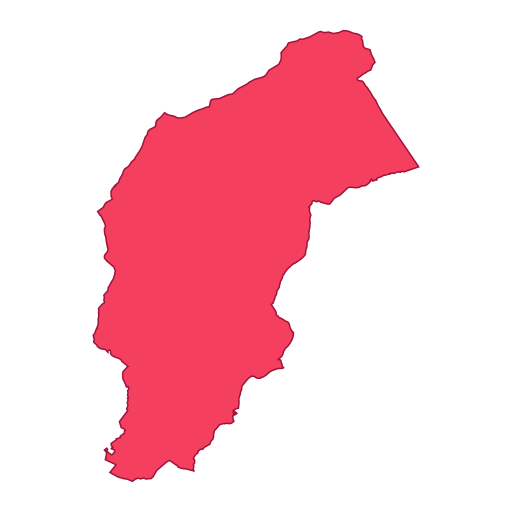 outline of Bradut, Covasna, Romania
{"feature_id": "2599482B74581645099362", "entity_name": "Bradut", "entity_type": "district", "adm_level": 2, "iso_a3": "ROU", "parent_name": "Romania", "parent_adm1": "Covasna", "projection": "orthographic", "projection_center": [25.635, 46.18], "detail": "fine", "context": "isolated", "style": "filled", "palette": "rose", "viewbox_px": 512, "rotation_deg": 0, "n_neighbors": 0, "source": "geoboundaries", "source_scale": "gbopen_adm2", "svg_char_len": 6040}
<svg xmlns="http://www.w3.org/2000/svg" viewBox="0 0 512 512"><path d="M104.4,450.0L106.5,452.5L106.4,454.9L105.3,459.7L114.6,464.0L115.9,464.9L109.9,472.5L118.1,477.0L124.8,478.9L126.7,478.9L132.4,481.3L134.6,479.8L135.2,479.0L136.2,479.0L137.2,478.1L140.6,478.9L143.6,478.1L145.9,479.0L151.3,478.5L153.1,476.7L156.4,471.0L157.2,470.0L166.6,462.0L169.6,460.4L176.0,464.9L177.1,465.3L177.7,466.7L178.7,467.3L180.5,468.1L183.7,468.8L186.2,468.9L193.9,471.0L193.9,470.5L193.2,469.2L193.8,466.5L193.7,465.3L193.3,464.7L194.5,463.1L194.7,461.4L194.5,459.5L193.3,458.8L193.7,457.5L194.5,456.6L194.7,455.9L196.3,453.9L197.5,453.4L197.6,452.8L198.3,451.7L198.3,450.8L199.5,450.3L200.3,449.2L202.6,449.3L203.5,448.5L204.7,446.8L206.1,446.5L207.1,445.6L209.8,444.3L210.9,441.2L212.5,439.5L213.1,438.5L213.6,436.1L213.5,434.3L213.8,433.8L214.3,431.2L215.2,429.7L216.3,428.8L219.1,425.3L220.4,424.4L223.5,423.6L224.4,423.8L226.9,423.2L228.4,423.7L230.2,423.5L232.0,422.9L233.8,421.4L233.9,421.0L233.1,420.0L232.8,415.9L233.2,415.4L234.7,415.0L234.8,414.8L233.8,414.2L233.4,413.4L236.3,414.0L236.9,413.3L236.3,412.7L235.3,412.3L234.9,411.6L233.3,411.6L233.0,411.3L233.8,410.5L233.7,409.9L234.4,409.9L236.9,408.4L238.4,408.3L239.0,403.0L238.9,398.3L240.3,393.9L240.6,391.8L241.5,390.0L241.9,386.2L246.7,380.2L248.6,378.2L251.5,376.2L253.8,376.3L256.7,378.0L257.9,378.3L260.8,378.1L261.4,377.3L262.7,377.1L265.6,375.5L270.0,371.7L272.5,370.4L277.7,368.6L282.5,368.3L283.4,367.8L283.0,367.6L282.8,366.5L282.0,365.3L281.8,363.6L280.9,361.5L281.0,360.9L280.8,360.2L279.4,359.6L278.1,359.6L278.2,359.2L280.3,357.7L281.7,356.3L282.7,354.7L283.5,351.8L285.3,348.5L288.1,345.9L289.9,343.4L291.6,340.5L293.0,337.0L293.5,332.8L293.4,332.3L292.6,331.9L291.6,330.5L289.9,327.4L289.6,325.4L288.7,322.8L286.4,321.3L285.0,320.9L283.1,319.4L278.9,317.3L277.7,315.8L276.4,315.2L276.1,312.4L275.3,310.5L271.3,304.6L273.3,302.9L273.7,301.0L274.5,299.5L275.2,296.3L276.5,294.6L276.9,291.1L279.1,287.6L280.3,281.9L282.1,278.4L283.1,275.1L284.3,273.7L284.8,272.5L287.6,268.9L291.1,265.7L293.8,263.5L295.1,263.1L301.2,258.9L303.9,256.4L305.1,254.7L305.4,254.0L306.0,249.5L306.9,247.2L307.0,242.5L308.9,238.8L309.1,235.5L308.8,234.0L309.4,229.0L309.9,227.4L309.9,224.7L310.2,223.1L309.8,219.6L310.0,218.8L310.0,217.4L310.7,215.9L310.7,214.3L309.5,211.7L309.4,209.3L309.6,207.6L308.8,207.2L311.9,203.6L312.0,201.9L313.4,200.5L316.2,201.7L317.7,201.5L318.1,200.9L318.6,200.9L321.1,202.3L327.8,204.1L329.3,204.1L330.1,203.7L334.4,198.1L339.9,195.2L348.1,187.6L350.4,187.2L356.7,187.8L359.6,187.2L361.0,186.1L365.1,185.7L367.2,184.5L368.9,183.0L370.4,181.4L370.1,181.0L370.1,180.6L371.8,179.2L372.2,179.5L372.3,179.9L372.0,180.3L372.2,180.8L372.7,181.0L374.2,180.7L375.1,179.8L375.9,180.2L376.8,180.0L376.9,179.7L376.7,178.9L377.7,177.9L381.5,176.6L383.3,175.5L385.2,175.2L389.0,174.1L390.0,174.2L390.2,173.2L394.3,173.3L397.7,171.9L400.5,172.3L401.7,171.2L404.0,171.9L418.7,166.8L382.2,113.1L381.2,110.8L378.3,106.0L375.4,99.9L373.7,98.0L369.4,90.6L368.7,90.1L367.9,88.4L366.5,86.7L365.7,86.2L364.2,83.4L362.4,81.2L358.5,80.4L357.3,79.8L357.4,78.0L358.9,77.4L363.7,73.7L365.8,72.7L367.8,71.2L370.8,70.0L372.7,64.9L375.0,62.4L374.1,59.7L371.4,54.5L370.1,50.0L369.4,49.4L368.1,49.2L365.0,48.2L363.8,47.0L363.2,46.0L362.5,40.4L361.5,38.7L361.9,37.0L361.8,36.3L358.2,34.2L352.7,33.0L349.1,31.4L346.5,30.8L343.0,30.7L338.9,32.6L333.4,33.5L328.7,32.1L324.2,32.6L320.3,31.5L318.2,32.3L310.0,36.8L302.9,39.2L299.9,39.0L297.2,40.9L288.8,42.8L288.1,43.3L287.2,45.7L281.0,52.7L281.3,55.9L281.1,59.0L280.5,60.8L279.1,63.8L277.8,65.0L269.0,70.2L266.2,74.7L264.3,76.3L261.3,77.6L254.9,79.2L248.6,82.6L247.9,83.4L246.8,84.2L238.4,88.6L232.5,94.0L228.4,94.6L219.4,98.5L212.0,99.3L211.1,100.1L210.4,101.6L209.4,106.6L206.0,107.3L202.1,109.0L199.4,109.7L193.3,112.3L185.1,117.2L180.1,118.1L177.4,117.8L174.0,116.2L167.9,114.8L164.6,112.7L160.9,117.1L157.8,119.4L156.5,120.9L156.0,122.1L155.7,125.1L155.0,126.9L150.0,129.3L148.3,130.8L147.7,132.2L147.1,135.0L145.4,136.9L144.7,138.5L142.1,146.5L139.4,151.3L135.7,156.8L134.5,159.2L131.5,161.9L128.5,166.4L124.9,168.8L123.8,170.3L122.4,174.3L119.6,179.2L118.6,182.4L114.9,185.5L115.4,186.2L114.2,186.5L112.3,188.7L112.0,189.9L111.2,190.7L111.0,191.7L111.2,196.6L112.0,198.1L112.1,198.9L111.9,199.5L106.3,202.4L104.9,204.1L103.4,207.0L102.8,207.7L97.6,211.5L100.3,215.6L100.9,215.5L104.5,223.0L105.4,225.5L105.3,226.8L104.4,228.8L104.5,232.0L104.9,234.5L105.8,237.1L106.2,240.6L107.0,245.0L107.5,245.9L107.3,247.1L108.2,249.2L107.2,252.1L105.2,254.4L104.5,255.7L104.4,256.5L104.4,258.0L107.0,261.2L113.9,267.0L115.3,270.8L114.5,275.0L113.3,278.9L110.6,283.3L109.7,285.4L108.5,287.0L108.1,288.0L108.0,289.7L107.6,290.9L103.8,295.2L104.1,295.8L104.3,298.0L103.8,300.3L104.5,302.0L104.3,302.7L101.8,304.6L98.5,308.4L98.8,310.9L98.5,313.5L98.8,315.4L98.1,319.4L98.3,321.2L98.1,323.4L98.3,324.3L97.0,327.5L97.4,328.1L96.7,328.5L96.3,329.1L94.6,333.6L93.5,334.7L93.3,335.2L93.3,335.9L94.3,339.6L94.2,340.4L93.6,341.2L93.6,341.7L94.0,342.6L96.7,344.8L97.4,346.5L100.0,348.4L101.9,349.0L105.4,349.5L107.9,352.3L108.0,351.0L108.3,350.4L109.8,350.0L110.3,350.4L110.7,353.7L111.8,355.3L113.9,356.6L119.5,358.7L120.7,359.5L122.4,361.9L126.2,364.8L127.9,366.4L127.3,366.5L126.7,367.8L123.3,371.3L122.7,373.5L122.7,376.1L123.0,379.2L125.0,383.2L126.2,386.2L126.8,387.2L127.9,386.4L129.0,388.1L127.6,391.0L128.0,392.8L127.5,395.3L128.2,396.6L128.4,397.7L127.4,398.1L128.1,399.9L127.3,402.9L127.9,405.5L127.7,406.3L126.9,408.2L126.7,409.3L127.7,410.1L127.5,410.9L119.4,421.6L121.2,427.6L123.4,428.5L124.8,429.5L125.2,430.1L125.2,430.5L124.5,430.9L124.2,433.6L123.9,433.9L122.7,434.1L122.1,434.9L120.6,435.8L120.2,436.4L120.3,437.5L120.1,437.8L116.2,438.8L116.1,439.8L115.5,440.4L111.1,443.5L111.3,445.6L112.6,446.7L112.8,447.4L112.5,447.8L112.0,447.7L111.4,448.2L111.3,448.8L113.4,449.5L114.3,450.0L114.8,450.9L114.4,452.0L113.2,453.7L111.6,454.9L108.0,452.2L106.8,450.9L107.7,449.3L106.8,448.2L104.4,450.0Z" fill="#f43f5e" stroke="#9f1239" stroke-width="1.5"/></svg>